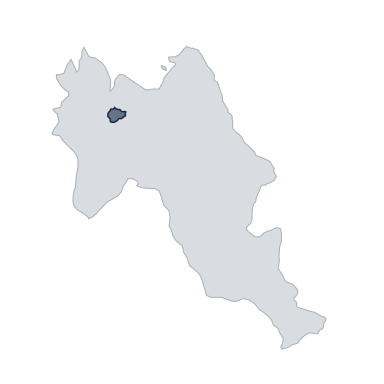 Sangwon, P'yŏngyang, North Korea (highlighted), rotated 98°
{"feature_id": "82179303B39263220364420", "entity_name": "Sangwon", "entity_type": "district", "adm_level": 2, "iso_a3": "PRK", "parent_name": "North Korea", "parent_adm1": "P'yŏngyang", "projection": "natural_earth1", "projection_center": [126.045, 38.858], "detail": "fine", "context": "in_parent", "style": "filled", "palette": "slate", "viewbox_px": 384, "rotation_deg": 98, "n_neighbors": 0, "source": "geoboundaries", "source_scale": "gbopen_adm2", "svg_char_len": 4155}
<svg xmlns="http://www.w3.org/2000/svg" viewBox="0 0 384 384"><g transform="rotate(98 192 192)"><path d="M232.8,290.7L231.2,291.6L228.4,296.4L225.9,302.5L223.4,305.8L220.6,307.7L217.5,308.7L211.4,309.2L205.8,308.8L204.0,308.1L196.4,308.5L194.3,308.9L183.3,308.5L177.6,309.0L174.0,310.1L170.3,312.6L167.1,316.3L164.3,320.3L158.6,327.6L154.6,331.1L154.6,336.2L154.5,337.8L153.1,338.9L152.6,338.4L150.3,338.0L141.0,333.4L133.3,336.2L131.4,339.9L129.3,341.1L126.3,333.8L121.3,333.6L113.3,327.2L109.9,328.5L109.1,331.1L104.7,337.0L98.6,341.8L96.7,342.5L94.4,342.2L94.7,340.8L92.3,335.4L82.7,333.1L79.2,330.8L77.5,330.3L86.9,324.2L89.3,323.1L87.5,321.7L85.5,321.0L77.8,321.9L73.8,319.9L67.9,320.6L63.8,319.0L72.3,313.0L72.7,309.5L72.6,306.8L76.9,298.9L81.2,294.5L92.3,288.3L97.2,287.5L100.7,287.7L103.5,287.1L100.5,284.8L97.6,283.7L91.8,283.9L85.9,280.3L85.4,276.5L97.0,252.7L97.2,250.5L95.4,244.8L94.8,239.1L86.5,235.9L82.9,235.5L72.3,229.1L68.1,225.9L66.5,226.8L66.1,231.9L64.6,233.1L61.8,234.1L60.5,228.2L58.2,224.0L51.2,219.8L48.7,217.4L49.9,212.3L49.4,211.8L50.5,206.1L54.8,201.7L65.4,193.9L68.1,190.2L73.5,185.9L75.9,185.9L78.4,185.6L79.1,183.7L79.7,182.2L81.8,180.9L87.0,178.5L92.8,175.3L97.5,174.4L103.2,169.7L105.5,167.7L107.9,167.7L108.5,166.7L109.8,164.3L111.6,162.7L114.2,162.4L118.3,161.2L123.5,160.5L127.0,156.5L128.2,153.7L130.5,150.6L135.5,147.2L138.9,142.2L142.6,136.8L144.4,135.0L146.2,134.7L147.2,132.6L148.4,126.9L150.1,121.2L151.2,118.6L155.5,115.7L156.6,114.3L157.6,113.8L159.6,114.2L162.3,112.5L164.8,110.6L167.1,111.3L169.5,112.8L172.0,115.9L173.1,118.4L175.0,120.5L175.4,123.5L177.4,124.8L181.5,125.5L188.3,127.5L192.6,127.6L195.1,129.2L200.4,130.0L210.8,128.8L215.1,129.5L216.9,131.4L219.6,132.9L221.3,133.0L223.6,130.4L226.0,126.2L227.6,123.0L227.5,120.5L226.1,117.8L222.6,115.2L220.3,111.3L218.1,107.2L216.9,105.9L215.8,103.9L215.6,100.9L216.3,98.9L221.5,97.5L228.2,96.7L233.6,97.6L242.6,97.0L248.1,95.9L252.2,96.0L255.9,96.0L257.6,94.3L262.8,90.1L265.3,88.6L268.1,85.8L268.5,82.8L269.0,80.4L270.6,77.8L273.3,74.7L275.6,73.2L278.2,73.4L281.0,74.9L282.8,76.3L284.7,75.9L286.4,73.4L287.4,72.9L290.6,72.7L291.5,71.2L292.6,63.9L293.8,58.1L294.0,54.1L296.7,47.4L297.5,43.4L299.1,41.5L301.1,41.7L302.7,42.8L304.7,43.5L307.4,42.9L309.4,43.9L310.6,46.1L314.6,47.5L315.0,48.6L315.0,55.9L317.3,59.3L320.3,62.3L324.3,65.1L326.5,65.8L327.8,67.8L329.1,71.2L332.1,74.6L333.6,77.0L333.9,79.6L335.3,81.0L333.0,82.6L330.0,81.6L324.9,81.0L318.6,86.0L315.0,87.8L312.6,92.7L307.6,95.6L304.9,98.7L301.4,104.0L299.1,109.2L293.8,114.5L290.7,121.2L290.6,126.9L294.2,132.8L294.5,137.8L292.2,148.0L293.7,158.9L292.3,163.2L275.7,170.7L271.4,174.4L265.3,184.1L257.9,187.7L253.3,191.6L246.9,194.0L242.8,200.8L238.3,204.6L232.9,207.0L228.9,210.0L219.9,210.2L213.6,212.3L209.1,218.0L195.5,224.5L193.6,229.4L194.6,237.0L194.7,242.8L193.5,247.6L190.5,246.3L188.9,247.8L187.2,252.3L187.7,257.3L192.4,258.9L196.2,261.0L201.6,262.0L205.6,264.4L214.2,275.0L221.2,279.7L223.0,281.4L227.0,283.8L230.7,287.4L232.8,290.7ZM74.0,238.6L71.4,240.2L71.3,237.3L73.3,234.8L75.3,234.5L74.0,238.6Z" fill="#d9dde1" stroke="#a8b0b8" stroke-width="1"/><path d="M119.6,280.6L120.2,280.9L120.5,281.1L120.9,281.6L121.0,281.9L121.1,282.2L121.0,283.1L121.0,283.5L121.3,284.0L121.6,284.1L122.2,284.1L122.5,284.2L123.1,284.5L124.8,285.7L125.4,285.9L126.6,286.1L126.9,286.1L127.5,286.0L128.7,285.8L129.0,285.7L129.5,285.2L130.0,284.3L130.8,283.5L131.3,283.1L131.9,283.0L132.0,283.0L132.6,283.0L133.2,282.8L133.4,282.7L133.7,282.4L133.9,282.2L134.0,281.9L134.0,281.6L134.0,280.7L134.0,279.7L133.8,278.9L133.5,278.3L132.1,276.4L131.9,276.1L131.6,275.8L130.5,275.3L129.9,275.0L129.7,274.7L129.4,274.1L129.2,273.6L129.2,273.3L129.3,272.5L129.2,272.3L128.9,271.9L128.5,271.6L128.2,271.1L127.7,270.8L127.4,270.4L127.0,269.9L126.4,269.1L125.9,268.7L125.2,268.5L124.3,269.0L123.4,269.0L122.7,268.8L121.9,268.7L121.6,269.6L121.8,270.4L122.1,271.3L122.2,272.2L122.1,272.8L121.5,273.7L120.7,274.4L120.7,274.7L120.4,275.0L120.4,275.6L120.5,276.0L120.7,276.8L120.4,277.4L120.4,278.2L119.9,279.0L119.5,279.9L119.1,280.4L119.3,280.5L119.6,280.6Z" fill="#64748b" stroke="#1e293b" stroke-width="1.5"/></g></svg>